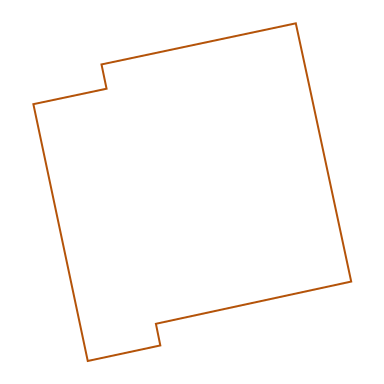 outline of Guthrie, Iowa, United States of America, rotated 78°
{"feature_id": "52423323B90698897745067", "entity_name": "Guthrie", "entity_type": "district", "adm_level": 2, "iso_a3": "USA", "parent_name": "United States of America", "parent_adm1": "Iowa", "projection": "orthographic", "projection_center": [-94.519, 41.683], "detail": "fine", "context": "isolated", "style": "outline", "palette": "amber", "viewbox_px": 384, "rotation_deg": 78, "n_neighbors": 0, "source": "geoboundaries", "source_scale": "gbopen_adm2", "svg_char_len": 277}
<svg xmlns="http://www.w3.org/2000/svg" viewBox="0 0 384 384"><g transform="rotate(78 192 192)"><path d="M114.6,55.2L48.6,55.4L48.4,254.0L73.2,254.1L73.1,328.9L335.6,329.1L335.5,254.9L313.4,254.7L312.7,54.9L114.6,55.2Z" fill="none" stroke="#b45309" stroke-width="2"/></g></svg>